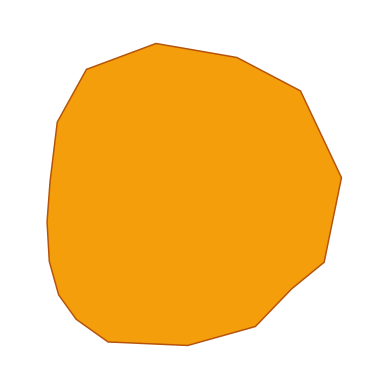 Kamituga, Sud-Kivu, Democratic Republic of the Congo, rotated 173°
{"feature_id": "63176286B35677174574617", "entity_name": "Kamituga", "entity_type": "district", "adm_level": 2, "iso_a3": "COD", "parent_name": "Democratic Republic of the Congo", "parent_adm1": "Sud-Kivu", "projection": "orthographic", "projection_center": [28.195, -3.062], "detail": "fine", "context": "isolated", "style": "filled", "palette": "amber", "viewbox_px": 384, "rotation_deg": 173, "n_neighbors": 0, "source": "geoboundaries", "source_scale": "gbopen_adm2", "svg_char_len": 366}
<svg xmlns="http://www.w3.org/2000/svg" viewBox="0 0 384 384"><g transform="rotate(173 192 192)"><path d="M104.8,83.8L69.4,106.2L41.9,188.0L72.0,279.1L131.0,320.0L209.7,343.8L281.8,326.6L317.2,277.8L331.6,219.7L339.5,180.1L342.1,140.5L336.9,106.2L322.5,79.8L293.6,53.4L214.9,40.2L145.5,50.8L104.8,83.8Z" fill="#f59e0b" stroke="#b45309" stroke-width="1.5"/></g></svg>